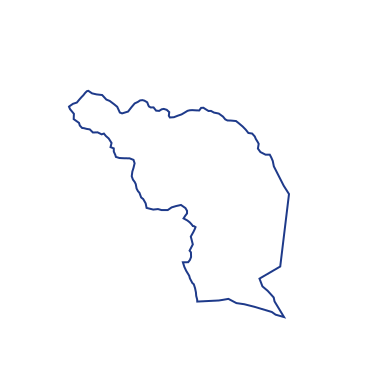 Parekklisia, Limassol, Cyprus, rotated 128°
{"feature_id": "46923920B53591306879990", "entity_name": "Parekklisia", "entity_type": "district", "adm_level": 2, "iso_a3": "CYP", "parent_name": "Cyprus", "parent_adm1": "Limassol", "projection": "albers", "projection_center": [33.161, 34.755], "detail": "fine", "context": "isolated", "style": "outline", "palette": "blue", "viewbox_px": 384, "rotation_deg": 128, "n_neighbors": 0, "source": "geoboundaries", "source_scale": "gbopen_adm2", "svg_char_len": 2228}
<svg xmlns="http://www.w3.org/2000/svg" viewBox="0 0 384 384"><g transform="rotate(128 192 192)"><path d="M233.9,42.5L227.4,59.6L224.8,62.7L223.3,71.4L223.0,78.4L218.7,85.5L196.4,76.6L133.9,114.3L130.6,123.6L121.4,143.3L117.8,147.5L116.0,150.8L114.7,153.7L117.3,157.0L118.4,162.7L117.2,166.8L113.0,169.1L112.1,171.1L110.9,174.4L109.6,176.7L108.9,180.6L110.8,183.9L109.8,188.0L109.2,192.4L109.0,197.9L109.0,201.0L111.6,205.1L113.8,208.1L114.3,210.5L113.5,214.0L113.7,219.2L115.9,223.6L116.4,226.9L118.0,228.9L118.4,232.5L118.6,234.9L120.1,236.6L123.3,236.5L124.7,238.4L127.4,242.3L129.0,244.1L130.8,245.5L134.0,246.7L137.3,248.0L140.5,250.1L144.2,252.3L146.9,255.3L146.2,257.2L143.1,259.1L142.8,262.5L143.9,265.4L145.5,266.8L148.3,267.8L150.0,270.4L149.0,274.4L150.8,276.6L151.1,278.6L150.6,279.7L148.9,282.5L149.3,285.7L150.1,287.6L151.8,289.3L154.3,290.1L157.5,291.7L162.3,291.9L168.0,291.9L173.1,295.5L173.8,297.8L170.9,303.4L170.8,307.3L170.9,312.9L171.9,316.4L170.9,322.5L173.9,327.4L175.8,331.5L176.1,336.0L177.3,336.9L179.7,337.2L182.7,337.2L185.4,337.5L188.7,337.7L192.4,337.8L195.8,340.1L200.4,341.5L200.5,341.5L201.8,339.1L203.1,333.2L207.4,330.1L207.1,323.6L208.7,321.3L209.2,318.0L208.3,316.6L207.1,313.8L205.6,311.1L206.1,306.7L203.1,303.1L202.2,298.7L200.2,297.4L200.9,294.3L201.1,290.6L202.9,285.6L206.8,283.8L205.8,280.5L208.3,278.5L210.1,275.1L211.2,273.6L209.9,270.1L207.3,266.4L203.9,261.9L202.7,257.9L204.7,254.9L209.1,252.9L212.6,251.6L216.7,249.2L218.6,246.2L219.4,243.3L220.4,241.2L223.4,237.8L224.6,235.1L225.0,232.9L227.6,228.7L227.6,226.1L229.5,221.5L232.5,218.0L229.7,211.7L226.4,208.3L225.0,204.9L221.2,200.0L216.7,198.6L212.9,195.9L209.0,192.7L208.7,187.3L209.9,184.3L212.0,182.7L214.9,182.7L218.0,182.4L217.3,178.2L217.3,175.1L217.8,172.2L218.3,170.4L217.7,169.4L217.5,167.6L219.4,167.0L222.7,166.3L227.9,165.5L229.4,163.5L232.8,159.1L239.7,157.8L240.2,155.7L243.8,152.7L246.9,151.8L249.7,151.8L253.0,155.9L255.8,151.8L257.7,148.0L259.7,142.7L261.4,140.4L263.5,135.7L263.6,133.8L265.9,130.4L268.7,127.1L271.3,124.7L273.5,121.8L275.1,120.4L261.0,104.1L257.9,101.2L253.8,97.5L252.2,88.6L248.3,81.8L244.1,72.3L237.4,55.2L237.2,50.6L233.9,42.5Z" fill="none" stroke="#1e3a8a" stroke-width="2"/></g></svg>